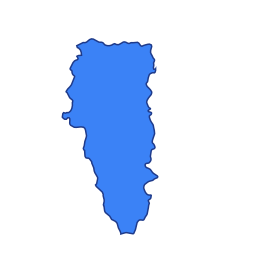 outline of Transcarpathia, rotated 63°
{"feature_id": "UKR-293", "entity_name": "Transcarpathia", "entity_type": "Region", "adm_level": 1, "iso_a3": "UKR", "parent_name": "Ukraine", "parent_adm1": "", "projection": "equal_earth", "projection_center": [23.378, 48.491], "detail": "fine", "context": "isolated", "style": "filled", "palette": "blue", "viewbox_px": 256, "rotation_deg": 63, "n_neighbors": 0, "source": "natural_earth", "source_scale": "10m", "svg_char_len": 4630}
<svg xmlns="http://www.w3.org/2000/svg" viewBox="0 0 256 256"><g transform="rotate(63 128 128)"><path d="M31.4,136.3L31.5,129.2L32.4,127.6L32.7,126.1L31.8,122.1L32.0,120.1L33.1,118.5L38.2,115.0L38.7,114.3L39.5,112.8L40.1,112.1L41.0,111.5L43.1,111.0L44.0,110.4L45.2,109.1L46.2,107.2L46.7,105.1L46.6,103.0L46.8,101.7L47.4,101.1L48.2,100.6L48.8,99.8L49.4,98.7L49.5,98.0L49.4,94.7L49.3,93.9L49.3,93.1L49.8,91.9L50.0,91.7L50.6,91.0L52.4,89.7L53.1,88.8L53.3,88.2L53.3,87.0L53.4,86.5L54.3,84.8L56.0,80.6L57.4,79.8L60.3,79.4L61.5,78.5L61.5,76.9L61.9,74.6L62.4,72.4L63.0,70.8L64.6,69.5L66.2,69.9L69.0,72.5L70.9,73.6L72.6,73.8L74.2,73.7L77.0,73.8L78.7,73.4L79.5,73.5L80.3,74.1L81.7,75.8L82.5,76.0L83.9,76.6L85.6,77.9L87.2,78.4L88.1,76.9L87.9,76.6L89.3,77.3L90.7,78.7L90.8,79.5L90.0,80.8L89.8,81.5L89.8,81.9L89.7,82.7L89.7,83.1L89.9,84.2L90.2,84.8L90.6,85.3L92.5,87.2L95.2,89.2L95.7,89.7L95.9,90.2L96.1,90.6L96.2,90.9L96.6,91.4L96.8,91.7L97.3,91.9L97.9,92.0L99.1,92.1L99.8,92.0L100.3,91.9L101.0,91.6L104.1,90.7L106.3,90.5L106.8,90.6L107.4,90.9L108.1,91.5L108.8,92.3L110.5,96.1L112.0,98.4L112.5,98.9L113.0,99.3L113.6,99.7L114.4,99.9L117.9,100.2L119.0,100.1L119.7,99.9L120.5,99.3L120.8,99.2L121.1,99.3L121.3,99.8L121.3,100.1L121.4,101.2L121.4,101.6L121.5,101.9L121.6,102.0L121.8,102.3L122.3,102.3L122.9,102.1L123.2,101.8L124.4,100.5L124.7,100.3L125.1,100.2L125.5,100.3L126.2,100.9L126.5,101.4L126.6,101.9L126.6,102.4L126.7,102.8L126.8,103.1L126.9,103.4L127.2,103.6L127.8,103.9L128.6,104.2L130.8,104.5L132.4,104.6L136.4,104.2L137.2,104.3L139.1,104.9L142.2,105.7L145.2,106.9L149.9,111.7L151.4,112.7L152.0,112.9L152.6,112.9L153.8,112.5L154.6,112.4L155.6,112.4L156.5,112.5L157.4,112.7L157.8,113.0L158.1,113.4L158.3,114.2L158.3,114.7L158.1,115.6L158.1,116.0L158.1,116.4L158.2,116.8L158.5,117.2L158.9,117.7L163.2,120.8L163.9,121.1L164.6,121.2L165.5,121.4L165.9,121.5L166.3,121.7L166.9,122.1L167.1,122.3L167.5,122.7L167.8,123.2L168.3,124.2L168.5,124.9L168.6,125.4L168.4,126.2L168.3,126.5L168.1,126.9L167.9,127.7L167.9,128.0L167.9,128.4L168.0,128.8L168.2,129.1L168.6,129.5L169.5,129.8L170.1,129.9L170.6,129.9L171.3,129.6L172.0,129.3L172.2,129.0L173.5,127.9L175.1,126.9L178.5,126.4L180.0,125.9L183.7,123.8L184.1,123.6L184.5,123.6L184.9,123.6L185.2,123.9L185.5,124.2L185.6,124.9L185.5,125.5L185.4,126.3L185.4,126.9L185.4,127.6L185.4,128.0L185.7,128.7L185.8,129.4L185.8,129.8L185.8,130.2L185.7,130.6L185.6,130.9L185.1,133.4L185.1,134.2L185.2,135.4L185.8,138.4L185.9,138.8L186.2,139.2L186.7,139.9L187.6,140.6L188.2,141.0L188.7,141.3L191.1,141.6L193.1,141.7L194.8,141.4L195.5,141.2L195.9,141.0L196.5,140.6L197.0,140.1L197.4,139.6L197.5,139.3L198.0,138.3L198.2,138.0L198.5,137.9L198.8,138.0L199.1,138.2L199.6,138.7L200.6,139.3L200.9,139.7L201.2,140.2L201.4,141.4L201.5,142.2L201.7,142.7L201.9,142.9L202.2,143.0L204.1,143.1L204.7,143.2L205.2,143.6L205.8,144.3L206.7,145.0L208.2,146.0L213.2,149.9L213.5,150.3L213.8,150.6L215.2,153.1L216.8,155.3L216.9,155.6L217.0,156.0L216.8,156.7L216.3,157.5L215.9,158.0L215.6,158.7L215.4,159.0L215.3,159.4L215.2,159.8L215.3,160.3L215.4,160.9L215.9,161.8L216.1,162.4L216.6,163.0L221.9,167.5L224.5,170.7L224.6,171.1L224.5,171.6L220.6,176.7L220.1,177.9L219.4,181.3L219.2,182.5L218.6,182.2L217.0,181.9L212.7,181.9L208.3,181.0L206.8,181.1L205.0,181.9L202.0,184.1L198.2,184.3L193.1,186.5L191.4,186.5L186.8,184.9L186.7,185.0L185.3,184.8L182.5,182.5L181.0,181.8L177.1,180.9L175.9,180.2L173.4,180.0L165.7,182.8L164.0,182.8L163.5,181.3L159.5,178.1L158.2,177.5L152.8,177.8L151.0,177.6L147.9,176.6L142.9,176.2L141.5,175.7L138.6,176.2L137.7,176.4L136.9,177.0L136.5,177.7L136.2,178.2L135.7,178.7L135.5,178.9L135.2,179.1L133.6,179.1L128.6,177.0L128.4,177.0L128.3,176.9L128.2,177.0L127.5,177.2L126.9,177.2L126.3,177.2L125.8,177.0L124.1,175.2L120.4,172.5L117.2,169.3L115.9,168.4L110.5,166.8L108.8,166.6L107.2,167.2L105.7,169.3L103.9,173.9L102.9,175.6L99.6,177.8L98.3,178.0L97.1,177.7L95.9,177.0L94.7,176.3L93.3,175.7L92.2,175.8L91.5,177.0L92.2,179.0L91.5,180.4L90.1,181.2L88.5,181.6L85.7,179.6L85.1,178.4L86.4,177.0L86.5,175.4L87.1,174.5L87.3,173.5L86.8,171.6L86.0,170.3L85.0,169.1L82.7,167.3L80.0,166.0L79.7,165.5L78.4,164.8L77.1,165.1L75.8,165.8L74.4,166.2L68.8,166.2L67.8,166.7L67.6,166.7L67.2,166.3L65.9,164.0L64.8,160.8L63.8,158.8L58.1,152.3L57.8,152.2L57.5,152.1L57.2,152.2L55.7,152.8L54.5,152.9L53.3,152.7L51.8,152.1L51.4,152.1L51.1,152.1L50.8,152.3L50.2,152.7L49.6,152.8L49.0,152.7L48.5,152.3L44.8,147.3L44.0,145.3L43.9,143.9L44.1,142.8L44.1,141.8L43.6,141.0L43.0,140.9L40.9,141.0L40.9,139.4L42.1,136.4L39.3,135.3L36.7,135.0L34.2,135.8L33.4,136.6L33.2,136.6L31.4,136.3Z" fill="#3b82f6" stroke="#1e3a8a" stroke-width="1.5"/></g></svg>